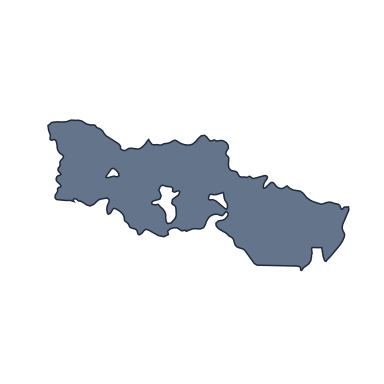 map outline of Batken (Equal Earth projection), rotated 201°
{"feature_id": "KGZ-1119", "entity_name": "Batken", "entity_type": "Region", "adm_level": 1, "iso_a3": "KGZ", "parent_name": "Kyrgyzstan", "parent_adm1": "", "projection": "equal_earth", "projection_center": [71.05, 39.853], "detail": "fine", "context": "isolated", "style": "filled", "palette": "slate", "viewbox_px": 384, "rotation_deg": 201, "n_neighbors": 0, "source": "natural_earth", "source_scale": "10m", "svg_char_len": 5431}
<svg xmlns="http://www.w3.org/2000/svg" viewBox="0 0 384 384"><g transform="rotate(201 192 192)"><path d="M298.1,143.9L299.5,143.6L300.1,142.2L299.5,141.2L298.9,140.8L299.0,140.8L302.3,140.6L307.0,138.8L315.3,136.5L316.8,136.8L317.8,137.6L318.5,139.6L318.4,140.8L317.8,143.1L317.8,144.4L318.0,145.5L318.7,146.8L318.4,148.0L317.8,148.8L316.8,149.3L316.4,149.9L316.6,150.7L317.5,151.6L321.5,153.3L322.9,154.3L323.5,155.6L323.7,157.5L323.1,158.9L321.0,160.8L320.6,161.3L320.8,161.9L323.9,163.4L324.8,164.2L325.3,165.1L325.4,166.4L325.2,167.3L324.7,168.1L324.7,169.1L325.0,170.3L325.9,172.3L326.0,173.6L325.7,174.7L325.2,175.8L324.8,177.0L324.6,178.0L324.7,178.9L325.1,179.7L326.1,180.1L328.5,180.7L329.9,181.2L331.4,182.3L332.5,183.2L333.5,184.6L334.9,187.6L337.0,190.8L338.6,191.6L339.5,191.6L341.2,190.3L342.1,189.9L343.1,190.1L343.7,190.9L344.3,193.5L344.8,194.7L346.1,196.0L348.1,198.5L350.3,202.5L349.1,204.1L348.6,205.5L348.3,206.1L347.7,206.7L346.8,207.3L343.5,209.0L338.8,210.6L334.2,212.7L331.7,215.0L330.7,215.7L329.2,216.3L326.2,217.2L324.0,218.2L320.7,218.8L314.7,217.7L311.7,218.1L310.2,218.4L308.1,219.3L307.1,219.5L306.2,219.5L304.3,218.2L303.6,217.9L302.2,218.1L300.7,218.0L298.7,217.5L297.4,217.0L295.4,215.4L294.6,214.9L294.0,214.4L292.5,213.7L278.5,210.8L277.0,210.3L275.7,209.5L275.0,208.8L274.4,207.1L273.7,206.5L272.3,206.2L270.6,206.3L269.4,206.7L268.7,207.3L267.7,208.8L266.6,210.0L264.8,211.0L257.5,212.8L255.2,215.0L253.2,219.1L252.9,219.8L252.1,223.4L251.3,225.5L249.7,224.1L246.5,222.1L244.7,222.3L241.4,223.8L238.7,224.3L237.8,224.7L237.1,225.2L235.8,226.6L235.1,227.2L231.8,229.0L230.5,230.0L227.5,233.6L226.4,234.3L225.3,234.3L219.8,233.3L215.8,233.5L211.8,234.6L208.7,236.7L206.7,240.2L205.3,244.3L203.5,247.8L200.5,249.4L197.9,248.6L195.5,247.1L193.4,246.1L191.6,247.0L190.4,248.3L189.7,248.6L188.8,248.5L187.4,248.5L186.2,248.9L183.3,250.6L180.7,251.0L177.8,250.4L175.3,248.9L173.8,246.3L173.9,244.8L174.3,243.1L174.5,241.4L174.0,239.6L173.1,238.8L170.8,237.8L169.8,236.9L167.9,230.8L166.6,228.2L164.3,226.4L162.6,226.2L159.1,226.8L157.4,226.7L156.2,225.9L154.1,224.0L152.8,223.5L151.1,223.7L148.1,224.9L146.5,225.2L145.6,225.5L145.0,226.2L144.5,226.9L143.9,227.3L143.0,227.2L141.0,226.6L140.0,226.5L138.8,227.0L130.2,233.3L128.5,233.8L126.9,233.1L126.7,231.4L127.8,226.9L127.8,224.7L127.3,222.4L126.4,221.2L124.9,222.3L122.3,228.1L121.5,229.3L119.9,229.9L118.3,229.3L115.2,227.4L113.2,226.9L111.1,226.9L109.1,227.5L107.5,229.0L106.0,231.2L105.2,231.8L102.3,230.5L98.4,230.1L91.1,231.6L87.4,230.5L83.4,228.1L79.6,226.9L75.7,226.4L67.4,226.9L65.8,227.6L62.5,230.4L60.9,231.4L59.2,232.1L57.4,232.3L55.3,232.3L51.1,233.0L49.2,232.3L46.9,229.9L46.4,229.5L45.4,229.9L45.1,230.7L44.8,231.7L44.2,232.6L40.5,234.2L39.1,231.2L39.7,216.2L39.4,213.9L38.7,211.8L37.4,210.1L35.7,208.6L34.3,207.0L33.7,204.7L34.0,199.7L35.1,194.9L39.6,181.6L41.4,177.5L41.9,176.2L41.9,175.4L42.3,175.2L43.6,175.4L46.3,178.6L50.9,186.5L60.0,183.2L59.9,181.6L57.8,177.5L57.9,176.7L57.8,175.8L57.6,175.1L57.2,174.3L56.5,170.4L57.1,167.2L58.7,164.3L60.7,161.4L60.9,160.6L61.4,158.5L61.8,157.9L62.6,158.1L63.5,160.1L64.1,160.7L65.6,160.8L67.2,160.6L104.8,147.1L108.1,147.5L121.6,156.4L123.7,157.1L128.4,156.8L130.6,156.9L132.7,158.0L134.0,159.5L135.2,161.3L136.7,162.9L138.4,163.8L141.8,164.3L145.4,165.9L152.9,167.0L155.3,167.8L157.5,169.3L158.5,171.5L157.1,174.3L155.6,175.4L154.0,176.2L152.5,177.3L151.3,179.0L150.4,181.4L150.1,183.5L150.8,185.2L152.9,185.9L153.7,184.8L154.5,182.1L155.2,181.0L156.3,180.4L160.3,180.3L162.4,179.5L164.3,178.3L165.9,176.6L167.2,174.3L168.0,170.0L167.9,166.1L168.4,162.9L170.9,160.5L177.0,158.5L178.3,157.7L182.0,154.5L182.6,153.7L182.9,153.4L183.4,153.3L183.9,153.5L184.2,153.8L184.3,154.0L186.0,153.1L186.7,152.5L188.0,152.1L193.0,153.2L195.9,152.2L199.1,149.8L200.7,146.8L198.8,143.8L202.2,140.2L207.7,139.3L218.8,140.9L221.8,140.6L223.1,138.5L223.9,135.7L225.4,133.5L226.8,133.0L227.7,133.8L228.6,135.1L229.6,136.3L230.9,136.9L232.4,137.0L235.4,136.7L237.3,136.8L240.3,139.6L244.6,141.0L245.5,142.5L246.3,144.3L248.0,146.0L250.0,147.2L252.2,148.1L256.7,149.0L259.0,148.8L259.8,147.3L260.1,145.2L260.6,142.8L262.3,141.2L264.0,142.7L265.4,145.5L266.1,148.0L266.0,153.2L266.6,155.1L268.6,155.9L269.9,155.5L274.9,152.5L276.4,151.1L277.4,149.4L279.2,145.4L282.1,142.4L285.6,142.2L289.3,143.1L293.1,143.5L294.2,143.1L294.7,143.0L295.5,143.2L296.6,143.7L298.1,143.9ZM219.5,168.3L218.8,168.2L218.4,168.0L218.1,167.7L212.7,165.4L210.2,163.7L208.5,161.6L207.2,158.2L205.6,155.2L203.5,153.8L200.5,155.5L198.9,159.4L198.3,161.6L198.2,163.6L198.7,165.6L201.1,170.9L202.1,172.4L203.4,173.1L205.9,173.6L207.0,174.5L207.5,178.2L203.4,184.6L203.5,187.8L204.7,188.4L206.1,187.6L207.4,186.3L208.5,185.5L210.3,185.6L210.7,186.7L211.0,188.1L212.1,189.1L213.5,189.2L218.0,188.0L221.2,187.9L222.5,187.4L223.5,185.9L223.7,182.1L219.5,177.5L219.3,174.3L220.8,172.8L225.2,169.6L225.9,167.7L225.1,166.5L223.9,166.3L221.5,167.0L221.0,167.2L220.0,168.1L219.5,168.3ZM154.9,188.3L153.5,188.3L153.4,190.2L154.1,192.3L155.4,194.1L158.6,196.4L159.5,197.6L162.2,202.3L162.8,202.7L167.7,198.7L170.4,197.3L173.6,196.7L174.5,195.8L174.7,193.5L174.0,191.2L172.8,190.9L169.8,192.3L166.5,192.2L154.9,188.3ZM273.3,185.9L274.7,185.6L275.7,184.1L277.8,176.1L277.4,174.8L275.0,175.6L271.6,178.2L269.9,179.0L267.5,179.1L266.0,181.0L266.9,182.8L269.0,184.3L270.8,185.2L273.3,185.9Z" fill="#64748b" stroke="#1e293b" stroke-width="1.5"/></g></svg>